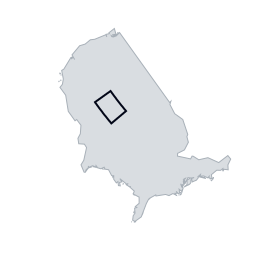 location of Colorado within United States of America, rotated 52°
{"feature_id": "USA-3522", "entity_name": "Colorado", "entity_type": "State", "adm_level": 1, "iso_a3": "USA", "parent_name": "United States of America", "parent_adm1": "", "projection": "orthographic", "projection_center": [-105.117, 39.0], "detail": "fine", "context": "in_parent", "style": "outline", "palette": "ink", "viewbox_px": 256, "rotation_deg": 52, "n_neighbors": 0, "source": "natural_earth", "source_scale": "10m", "svg_char_len": 5666}
<svg xmlns="http://www.w3.org/2000/svg" viewBox="0 0 256 256"><g transform="rotate(52 128 128)"><path d="M200.6,83.3L211.1,77.8L211.2,66.3L215.7,66.2L218.6,72.0L222.6,74.8L219.3,78.1L219.6,79.3L218.3,78.2L218.4,81.0L215.9,84.1L216.1,91.0L219.0,92.7L220.1,91.9L219.3,90.9L219.9,91.3L220.5,92.5L217.2,94.9L216.0,93.8L216.4,95.8L212.3,97.9L209.9,101.6L209.8,100.1L209.2,99.4L209.4,102.9L210.5,103.2L211.2,106.1L210.1,110.5L207.0,109.1L207.7,106.4L206.6,108.5L208.0,110.8L209.5,111.8L210.2,113.4L209.1,120.2L208.9,116.3L205.5,113.6L205.9,109.4L204.0,111.3L206.4,116.4L203.7,115.6L203.0,116.0L203.2,114.1L203.0,113.6L202.6,115.1L203.0,116.3L206.9,117.2L206.5,118.5L204.4,117.1L203.7,117.0L206.3,118.6L207.3,118.8L207.2,120.3L205.8,119.6L208.1,121.1L207.8,121.5L206.7,120.7L204.4,120.9L207.6,122.0L209.2,121.4L212.3,125.8L209.7,122.5L210.9,124.8L207.7,125.4L210.6,127.1L211.5,126.0L210.8,128.7L207.6,129.0L209.7,129.5L208.4,131.2L210.5,131.4L207.3,133.0L206.5,137.3L203.5,139.3L198.8,147.8L197.8,147.3L196.7,154.1L196.8,155.6L198.8,160.0L206.2,172.3L205.9,180.0L203.5,181.1L200.4,178.0L199.4,174.9L195.2,172.1L196.1,170.1L194.4,170.6L194.2,165.6L189.3,161.8L183.2,164.5L181.6,161.9L175.3,163.0L175.9,161.8L175.0,163.1L172.2,164.1L171.8,162.0L171.6,163.6L162.9,165.6L166.7,166.0L165.7,168.2L168.8,169.7L167.5,171.0L164.0,168.9L164.1,171.0L159.6,170.8L156.8,168.6L155.5,170.2L148.9,169.0L145.4,172.3L146.3,171.4L144.2,170.9L143.4,174.5L139.6,177.2L140.5,176.4L137.9,176.3L138.9,177.4L135.9,179.1L134.9,183.1L133.5,182.6L134.8,183.5L135.2,187.0L136.6,189.0L135.7,189.8L128.1,187.7L126.2,182.7L117.9,172.7L113.9,172.3L110.1,176.5L105.3,173.8L103.2,169.1L96.9,163.4L89.7,163.2L89.7,165.3L78.1,164.8L63.8,156.9L54.1,156.6L53.2,152.8L49.6,148.8L41.8,144.8L42.1,142.3L37.3,129.6L37.7,128.4L38.8,130.2L38.4,127.5L41.2,127.9L35.9,127.1L33.4,115.5L35.5,110.1L35.3,103.4L37.6,99.6L40.9,87.9L43.2,88.7L40.7,87.6L42.2,84.6L41.2,84.4L41.2,77.5L46.7,79.8L44.8,83.1L47.2,81.0L46.4,83.8L44.9,84.3L45.9,84.6L47.2,83.6L48.2,80.7L47.6,75.9L133.5,79.5L133.3,77.7L135.3,80.5L145.5,82.4L155.0,79.6L169.9,84.9L171.0,86.9L176.4,89.2L180.0,97.0L178.5,104.5L180.6,106.3L190.9,97.7L189.6,94.8L190.4,94.0L196.6,91.8L200.6,83.3ZM214.1,98.8L215.8,97.7L210.0,102.2L214.5,97.7L214.1,98.8ZM47.4,78.8L47.8,80.8L47.7,81.0L46.9,79.4L47.4,78.8ZM136.4,188.4L135.2,185.4L135.2,183.7L135.5,185.5L136.4,188.4ZM219.8,78.1L220.2,79.1L219.9,79.0L219.8,78.1ZM157.0,169.5L157.3,170.2L156.5,169.8L157.0,169.5ZM44.6,148.3L45.5,148.0L44.6,148.3ZM43.6,147.8L43.2,148.3L42.9,147.8L43.6,147.8ZM218.9,94.3L218.7,95.1L218.9,94.3ZM135.7,182.0L135.2,183.4L136.4,180.6L135.7,182.0ZM204.0,168.2L205.4,170.7L203.7,168.0L204.0,168.2ZM49.1,151.4L49.4,152.2L49.0,151.4L49.1,151.4ZM206.4,180.3L205.8,181.4L206.7,179.2L206.4,180.3ZM213.0,127.4L212.6,128.8L212.5,126.0L213.0,127.4ZM47.0,77.1L46.9,77.6L46.6,77.3L47.0,77.1ZM138.9,177.9L137.5,178.7L139.0,177.7L138.9,177.9ZM220.7,93.8L221.0,94.5L220.4,94.6L220.7,93.8ZM48.8,153.5L49.0,154.4L48.7,153.5L48.8,153.5ZM137.2,179.3L136.7,179.7L137.1,179.1L137.2,179.3ZM210.2,114.6L209.9,116.3L210.2,114.0L210.2,114.6ZM145.0,173.0L144.1,173.6L145.4,172.5L145.0,173.0ZM197.0,154.7L197.1,155.9L196.8,155.1L197.0,154.7ZM210.9,131.5L210.6,131.8L211.2,130.7L210.9,131.5ZM185.4,163.7L184.4,164.5L184.0,164.5L185.4,163.7ZM171.7,164.0L171.6,164.3L170.9,164.3L171.7,164.0ZM198.2,175.3L198.5,176.0L198.0,175.2L198.2,175.3ZM169.2,166.1L169.1,166.9L168.9,165.6L169.2,166.1ZM204.3,182.9L203.8,183.1L204.5,182.7L204.3,182.9ZM211.2,106.6L211.0,107.4L211.1,106.3L211.2,106.6ZM212.1,129.2L211.8,129.5L211.7,129.6L212.1,129.2Z" fill="#d9dde1" stroke="#a8b0b8" stroke-width="1"/><path d="M88.1,119.0L88.7,119.0L89.3,119.0L89.8,119.0L90.4,119.1L91.0,119.1L91.5,119.1L92.1,119.1L92.7,119.1L93.2,119.2L93.8,119.2L94.4,119.2L94.9,119.2L95.5,119.2L96.1,119.2L96.6,119.2L97.2,119.2L97.8,119.3L98.4,119.3L98.9,119.3L99.5,119.3L100.1,119.3L100.6,119.3L101.2,119.3L101.8,119.3L102.3,119.3L102.9,119.3L103.5,119.3L104.0,119.3L104.6,119.3L105.2,119.3L105.7,119.3L106.2,119.3L106.7,119.3L107.2,119.2L107.6,119.2L108.0,119.2L108.5,119.2L108.9,119.2L109.3,119.2L109.7,119.2L110.2,119.2L110.6,119.2L111.0,119.2L111.5,119.2L111.9,119.1L112.3,119.1L112.8,119.1L113.2,119.1L113.4,119.1L113.4,119.4L113.4,119.7L113.5,120.0L113.5,120.3L113.5,120.6L113.5,120.9L113.5,121.2L113.5,121.5L113.5,121.8L113.5,122.1L113.5,122.4L113.6,122.7L113.6,123.0L113.6,123.3L113.6,123.6L113.6,123.9L113.6,124.3L113.6,124.8L113.6,125.2L113.7,125.7L113.7,126.1L113.7,126.6L113.7,127.0L113.7,127.5L113.7,127.9L113.8,128.4L113.8,128.8L113.8,129.3L113.8,129.7L113.8,130.2L113.8,130.6L113.9,131.1L113.9,131.5L113.9,132.0L113.9,132.4L113.9,132.9L113.9,133.3L114.0,133.8L114.0,134.2L114.0,134.7L114.0,135.1L114.0,135.6L114.0,136.0L114.1,136.5L114.1,136.9L114.1,137.4L114.1,137.8L114.1,138.3L113.7,138.3L113.3,138.3L112.8,138.3L112.3,138.3L111.9,138.3L111.4,138.3L110.9,138.4L110.4,138.4L109.7,138.4L109.0,138.4L108.3,138.4L107.5,138.4L106.8,138.4L106.1,138.4L105.4,138.4L104.7,138.4L103.9,138.5L103.2,138.5L102.5,138.5L101.8,138.5L101.0,138.5L100.3,138.5L99.6,138.4L98.9,138.4L98.1,138.4L97.4,138.4L96.7,138.4L96.0,138.4L95.3,138.4L94.5,138.4L93.8,138.4L93.1,138.3L92.4,138.3L91.6,138.3L90.9,138.3L90.2,138.2L89.5,138.2L88.8,138.2L88.0,138.2L87.3,138.1L87.3,137.5L87.4,136.9L87.4,136.3L87.4,135.7L87.4,135.1L87.5,134.5L87.5,133.9L87.5,133.3L87.5,132.7L87.6,132.1L87.6,131.5L87.6,130.9L87.6,130.4L87.7,129.8L87.7,129.2L87.7,128.6L87.7,128.0L87.8,127.4L87.8,126.8L87.8,126.2L87.8,125.6L87.9,125.0L87.9,124.4L87.9,123.8L87.9,123.2L88.0,122.6L88.0,122.0L88.0,121.4L88.1,120.8L88.1,120.2L88.1,119.6L88.1,119.0Z" fill="none" stroke="#020617" stroke-width="2"/></g></svg>